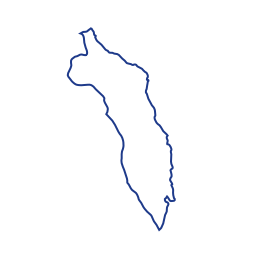 the Department of Amazonas, rotated 159°
{"feature_id": "PER-584", "entity_name": "Amazonas", "entity_type": "Department", "adm_level": 1, "iso_a3": "PER", "parent_name": "Peru", "parent_adm1": "", "projection": "robinson", "projection_center": [-78.131, -4.99], "detail": "fine", "context": "isolated", "style": "outline", "palette": "blue", "viewbox_px": 256, "rotation_deg": 159, "n_neighbors": 0, "source": "natural_earth", "source_scale": "10m", "svg_char_len": 3759}
<svg xmlns="http://www.w3.org/2000/svg" viewBox="0 0 256 256"><g transform="rotate(159 128 128)"><path d="M116.1,50.1L116.7,49.7L117.5,49.0L118.3,48.8L119.0,48.5L119.4,47.4L119.3,46.0L118.8,45.2L118.0,44.6L117.5,43.7L117.5,42.5L118.0,41.8L119.7,40.3L120.3,39.4L121.7,36.3L122.4,35.5L124.6,33.4L129.3,26.3L132.7,22.9L133.6,22.4L135.4,21.7L136.1,27.4L137.2,31.5L137.3,32.5L137.5,36.9L137.6,37.8L137.8,38.5L140.1,43.0L141.4,46.6L141.9,48.6L142.5,53.4L143.4,56.6L143.5,57.4L143.5,58.1L143.3,59.4L143.3,61.1L143.4,62.5L143.6,63.6L143.8,64.3L144.0,64.8L146.0,68.0L146.4,68.7L146.8,70.0L147.0,70.8L147.4,74.2L147.7,75.7L148.0,76.3L148.2,77.1L148.1,77.7L147.5,79.2L147.1,81.2L146.6,90.4L146.7,93.7L146.5,97.4L146.1,99.0L145.8,100.0L144.7,102.1L143.3,105.8L142.1,108.1L141.8,108.5L141.2,109.2L140.3,110.2L139.4,111.5L138.6,112.9L137.5,116.1L137.1,117.9L136.9,120.6L137.0,122.0L137.1,123.0L137.3,123.9L137.8,125.4L138.3,128.0L139.0,135.5L140.0,140.5L143.3,148.7L141.5,150.4L140.2,152.6L139.9,153.5L139.8,154.2L139.8,154.9L140.5,160.0L140.5,160.9L140.5,162.0L140.2,162.8L139.4,164.3L139.8,166.5L144.2,175.7L145.4,179.0L146.6,180.8L147.3,181.5L148.6,182.3L150.4,182.9L156.4,184.7L158.8,185.8L160.3,186.7L161.1,187.4L162.1,188.7L163.3,190.9L163.8,192.2L164.1,193.3L165.3,197.3L165.3,198.9L164.2,200.7L160.1,204.6L159.2,205.7L158.6,206.5L158.3,207.3L157.9,209.0L157.6,209.9L157.0,211.3L156.2,212.1L155.3,212.6L152.2,213.5L151.4,213.5L150.1,213.3L149.2,213.3L146.7,213.6L145.9,213.5L145.1,213.3L144.4,212.9L143.1,212.0L141.8,211.3L140.9,211.1L139.7,211.9L139.4,212.5L139.0,213.4L138.7,215.1L138.7,218.2L138.2,223.3L136.9,227.9L136.7,229.5L136.8,230.7L137.0,231.5L137.4,232.2L137.8,232.7L138.5,233.3L135.9,233.7L134.9,233.6L133.4,233.1L132.4,232.9L131.6,232.9L130.9,233.1L129.9,233.5L127.9,234.0L127.0,234.3L126.4,233.7L126.3,233.1L126.1,231.8L125.6,230.4L125.7,229.2L126.0,228.1L126.1,227.1L125.9,226.7L125.3,226.0L125.1,225.7L125.3,225.2L125.6,224.9L125.9,224.8L126.1,224.5L126.0,222.1L125.8,221.0L125.5,220.0L122.9,215.2L121.0,209.5L120.5,208.6L119.2,207.3L119.2,207.0L118.7,205.6L118.5,205.2L117.8,204.7L115.6,203.8L114.2,202.4L111.6,200.9L110.4,199.5L108.5,194.9L106.9,192.0L106.2,189.9L105.8,189.0L104.5,188.0L102.4,186.6L101.4,185.4L100.8,185.1L100.5,185.0L99.9,185.1L99.5,185.0L98.9,184.9L98.2,184.5L97.9,184.2L97.7,183.9L97.6,183.7L97.4,182.8L97.3,182.6L97.1,182.1L94.0,178.6L93.6,178.0L92.9,176.0L92.6,175.5L92.3,174.8L92.1,174.4L91.1,173.1L90.8,172.3L90.7,170.7L90.7,170.0L91.0,169.0L91.2,168.6L91.3,168.4L91.5,168.2L92.1,167.8L92.3,167.7L92.9,166.7L93.0,166.3L92.9,166.1L92.7,165.9L92.1,165.7L91.9,165.4L91.9,165.0L92.0,164.7L92.8,164.3L92.9,164.1L93.1,163.8L94.2,161.9L94.3,161.8L96.6,157.8L96.8,157.5L97.1,157.3L97.9,156.3L98.3,155.4L98.5,154.9L98.5,154.6L98.4,154.0L98.2,153.6L98.2,152.7L98.5,148.0L97.8,142.6L97.6,140.8L96.7,138.1L96.5,137.2L96.5,136.3L96.5,135.3L96.8,134.0L97.9,130.1L98.2,129.6L99.0,129.0L99.4,128.4L99.7,127.4L99.8,126.7L99.8,125.8L99.5,123.0L99.3,122.3L98.7,120.9L97.6,119.2L97.0,117.1L96.2,112.4L94.3,108.5L93.7,106.7L95.0,105.8L95.4,104.9L95.5,103.9L95.4,102.9L95.5,101.9L96.2,100.7L96.9,99.7L97.1,98.8L96.0,98.1L95.4,97.1L95.0,95.1L95.0,93.1L95.3,92.0L96.2,91.2L96.6,90.2L97.0,87.9L99.9,81.2L100.4,78.9L100.3,75.8L100.5,74.9L101.0,74.3L101.5,74.2L102.1,74.1L102.7,73.9L103.3,73.5L103.5,73.3L103.5,72.9L104.0,69.1L104.3,68.1L104.8,67.0L105.1,66.8L105.6,66.5L106.0,66.2L107.1,65.0L107.4,64.0L106.8,60.6L106.8,59.9L106.9,59.6L107.1,59.6L107.7,59.4L108.0,59.1L108.0,58.6L107.9,57.6L107.8,55.7L107.9,54.6L108.2,53.6L109.1,51.5L109.2,51.2L109.8,49.1L110.1,46.8L110.2,46.2L109.9,45.2L109.8,44.9L110.3,43.9L111.1,43.6L112.1,43.8L114.1,44.4L114.7,44.9L115.0,45.7L115.7,49.1L116.1,50.1Z" fill="none" stroke="#1e3a8a" stroke-width="2"/></g></svg>